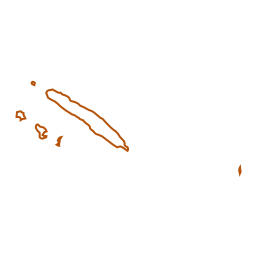 SVG path tracing the border of New Caledonia, rotated 178°
{"feature_id": "NCL", "entity_name": "New Caledonia", "entity_type": "country or territory", "adm_level": 0, "iso_a3": "NCL", "parent_name": "Oceania", "parent_adm1": "", "projection": "orthographic", "projection_center": [166.029, -20.888], "detail": "fine", "context": "isolated", "style": "outline", "palette": "amber", "viewbox_px": 256, "rotation_deg": 178, "n_neighbors": 0, "source": "natural_earth", "source_scale": "50m", "svg_char_len": 1683}
<svg xmlns="http://www.w3.org/2000/svg" viewBox="0 0 256 256"><g transform="rotate(178 128 128)"><path d="M133.2,108.2L136.3,109.9L139.5,109.1L143.6,111.9L154.1,120.5L157.8,122.3L160.0,123.0L161.6,124.4L163.1,126.4L165.1,127.8L165.9,129.1L166.2,130.8L166.9,131.9L170.5,134.8L172.7,137.3L175.7,138.6L177.0,140.0L178.6,140.8L180.4,142.3L183.3,143.5L189.8,147.9L194.9,152.1L197.4,154.7L200.1,157.0L203.6,158.9L206.8,161.0L208.5,165.9L207.5,167.7L205.7,168.6L203.9,168.6L202.3,169.2L196.9,166.0L195.6,165.5L194.2,165.7L193.4,165.0L192.8,164.0L189.5,162.8L186.4,160.9L185.5,159.6L185.0,158.0L184.3,157.1L179.9,155.7L177.0,154.1L174.9,151.9L171.6,150.4L166.4,147.3L163.8,146.3L161.4,144.7L155.2,139.1L153.0,138.0L151.0,135.5L145.6,129.5L143.0,127.1L140.2,124.9L138.0,122.3L136.3,119.3L132.4,114.9L131.9,113.0L132.0,111.1L131.1,109.9L129.5,109.1L128.7,107.9L128.8,106.1L129.3,105.2L133.2,108.2ZM219.3,134.4L217.8,134.6L215.9,132.5L212.2,131.4L210.5,129.6L209.5,127.4L211.6,126.9L213.7,124.0L212.3,123.0L209.8,122.7L210.1,121.6L214.1,120.3L215.9,121.1L216.6,122.0L216.5,126.6L218.3,128.1L220.1,131.3L220.1,132.2L219.3,134.4ZM235.6,142.3L236.8,142.8L239.0,142.8L238.4,147.7L235.4,148.4L234.3,148.3L233.6,147.3L231.9,146.6L232.0,144.9L230.3,141.1L233.3,140.6L235.0,139.6L234.9,140.5L235.1,141.6L235.6,142.3ZM196.4,120.9L195.0,121.2L196.7,118.6L196.8,117.0L197.5,113.8L197.4,112.7L198.5,112.9L199.8,113.8L198.4,114.6L197.9,116.0L197.9,117.7L198.5,118.0L197.6,119.9L196.4,120.9ZM222.7,176.5L221.9,177.5L220.8,177.3L220.1,176.9L219.5,176.3L220.1,174.1L222.3,175.2L222.7,176.5ZM17.8,84.1L17.4,84.8L17.0,80.2L17.8,78.5L18.4,82.0L17.8,84.1Z" fill="none" stroke="#b45309" stroke-width="2"/></g></svg>